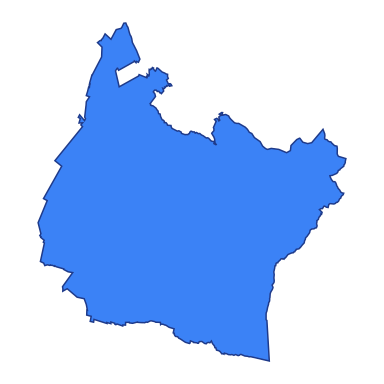 outline of Tlachichuca, Puebla, Mexico
{"feature_id": "50627088B20721288648973", "entity_name": "Tlachichuca", "entity_type": "district", "adm_level": 2, "iso_a3": "MEX", "parent_name": "Mexico", "parent_adm1": "Puebla", "projection": "equal_earth", "projection_center": [-97.33, 19.148], "detail": "fine", "context": "isolated", "style": "filled", "palette": "blue", "viewbox_px": 384, "rotation_deg": 0, "n_neighbors": 0, "source": "geoboundaries", "source_scale": "gbopen_adm2", "svg_char_len": 5954}
<svg xmlns="http://www.w3.org/2000/svg" viewBox="0 0 384 384"><path d="M62.5,286.7L62.9,288.9L62.8,291.2L67.2,288.7L77.1,297.2L84.2,298.7L86.3,304.5L87.4,310.1L86.9,309.9L86.7,315.1L91.2,316.3L90.2,321.4L93.6,322.2L94.0,319.4L107.0,323.5L106.9,322.5L110.9,323.7L110.9,322.0L114.8,323.3L114.8,324.1L115.3,324.5L115.9,324.7L117.0,324.0L122.7,326.0L122.8,325.0L125.5,325.1L125.6,322.4L129.3,322.3L129.4,322.9L132.6,323.3L137.3,322.1L137.3,322.3L140.8,322.6L144.8,322.7L146.1,322.1L147.5,322.3L150.1,321.0L151.1,320.8L154.7,321.6L155.6,322.2L160.4,322.4L160.6,324.5L161.0,324.1L163.2,324.3L165.0,325.1L165.7,325.1L169.1,327.3L174.1,328.8L173.2,332.9L174.3,333.3L174.1,334.0L174.8,335.5L175.5,336.4L177.6,336.7L178.9,338.3L180.1,338.8L185.4,342.3L189.5,343.5L190.0,343.1L190.4,340.9L193.6,342.1L193.6,342.5L197.0,342.8L197.4,343.2L198.3,343.3L198.5,343.2L199.3,341.6L201.5,341.5L202.1,341.6L204.5,343.4L206.2,343.8L206.8,343.0L207.9,342.5L208.6,342.4L209.9,342.8L211.4,341.0L212.5,343.6L214.4,345.9L214.9,347.7L215.8,347.8L216.5,350.1L219.0,350.8L220.1,351.6L221.9,353.9L223.1,353.7L224.0,354.2L224.2,353.3L224.7,353.1L225.5,353.7L226.4,353.6L228.4,354.6L230.7,354.8L231.9,354.5L233.9,355.3L235.6,354.5L238.1,355.6L239.3,355.3L240.3,354.5L241.0,354.4L244.8,356.0L247.6,356.3L249.1,356.8L250.7,356.7L269.3,361.0L266.9,320.5L266.1,319.7L266.1,314.1L266.2,312.9L266.9,311.0L267.6,307.3L268.5,304.4L268.7,302.6L269.4,301.6L269.7,300.0L269.6,298.6L269.9,297.8L270.2,293.7L270.9,291.8L272.3,289.5L272.9,287.9L273.0,287.3L272.1,285.1L273.8,282.8L274.1,282.0L274.2,280.5L273.9,277.9L274.2,274.7L273.8,271.9L274.6,268.5L274.9,266.1L275.0,265.8L275.7,265.7L276.1,263.3L276.6,262.9L277.8,262.8L278.2,261.8L280.1,260.1L281.0,258.9L281.8,258.7L282.7,259.0L283.0,258.7L284.0,259.2L284.5,258.3L284.8,258.3L285.8,257.4L288.0,254.5L291.5,253.0L293.4,252.7L293.7,252.1L294.8,251.7L295.5,250.3L296.1,250.0L296.3,249.3L299.0,248.8L299.9,247.7L300.2,247.7L302.2,245.1L304.2,242.9L304.6,240.7L305.3,239.5L305.6,237.8L307.1,236.3L309.6,232.7L310.2,230.1L311.8,229.0L314.1,228.8L315.2,228.0L316.4,227.8L317.1,225.9L316.6,223.7L316.7,222.7L317.0,221.9L316.8,220.7L318.4,219.4L318.7,217.9L319.4,216.7L319.9,216.4L320.4,215.2L321.0,214.7L321.0,213.7L321.6,214.1L322.1,212.3L319.4,209.6L320.8,208.7L322.5,208.6L323.8,206.3L324.6,206.1L326.4,207.2L328.1,207.5L328.8,204.5L330.0,203.6L333.9,204.0L335.2,203.5L336.4,202.4L337.3,202.3L338.6,201.1L339.5,199.0L340.9,197.9L341.0,196.9L341.8,195.8L343.2,194.7L343.7,193.2L342.1,192.9L340.7,192.0L339.8,190.2L338.0,188.2L337.7,187.2L336.6,185.5L336.5,184.7L335.5,182.3L334.8,181.7L333.0,181.6L331.3,179.3L330.2,176.9L329.9,175.7L332.2,175.4L336.7,173.4L337.8,172.1L338.3,170.4L339.8,169.9L340.3,168.9L343.8,166.2L344.0,164.8L344.7,164.0L345.3,162.5L345.3,161.3L345.9,158.6L338.6,156.4L337.9,155.6L337.2,153.8L337.3,148.5L337.0,146.2L334.5,145.6L331.9,143.2L330.9,141.9L329.3,141.7L328.1,141.0L327.0,139.7L325.7,139.5L324.8,139.0L324.6,138.2L324.9,135.7L324.7,133.8L323.0,129.3L311.7,142.7L307.7,143.6L302.8,142.2L299.9,138.3L299.5,138.2L296.7,139.6L291.0,145.5L290.4,150.6L286.6,152.7L278.8,149.4L271.2,148.4L267.7,149.4L266.5,149.1L264.8,148.0L262.6,146.1L260.1,141.6L254.4,137.6L251.8,133.5L249.3,132.3L247.4,129.3L245.3,127.2L238.7,123.4L236.7,123.4L234.5,122.8L231.0,119.4L229.7,117.9L228.6,115.9L225.7,114.5L222.9,115.0L222.2,114.0L222.6,112.6L221.7,112.5L219.3,114.1L221.8,115.3L220.5,115.5L218.9,116.9L219.0,117.5L218.6,118.0L219.1,117.7L219.2,119.1L219.8,120.1L219.3,120.6L218.8,120.9L218.2,119.5L216.8,118.3L214.5,119.4L215.5,120.8L216.2,121.2L213.4,127.6L213.9,128.7L213.9,130.7L212.0,132.8L211.7,133.4L213.8,136.9L214.6,139.0L215.0,142.9L216.2,144.5L215.9,144.7L213.9,143.6L214.2,142.1L214.1,141.4L212.0,141.3L211.0,140.8L208.6,138.2L207.6,137.8L206.3,138.0L203.1,135.7L201.4,134.9L199.8,133.5L198.1,133.6L196.6,132.5L195.9,132.6L195.4,133.1L195.0,133.0L194.3,131.9L192.5,131.9L191.7,131.3L190.9,131.2L189.8,132.2L189.4,133.6L188.5,133.9L187.9,134.6L185.8,134.5L185.2,134.7L181.5,133.4L181.2,132.1L178.9,130.8L177.3,131.1L172.0,128.4L171.2,126.8L171.0,125.5L167.5,125.2L167.3,124.3L166.1,122.7L164.3,122.6L164.4,121.4L163.4,120.2L162.3,119.9L161.7,118.9L160.6,116.5L160.1,114.0L158.6,113.6L158.0,110.9L156.9,109.7L156.0,108.1L152.8,105.7L151.5,105.6L150.6,105.1L150.7,104.2L150.1,103.7L155.5,96.5L154.8,93.7L153.3,91.9L154.5,90.2L156.1,90.1L156.6,90.8L157.1,90.9L157.3,91.5L158.9,91.3L159.8,92.8L160.6,92.7L160.8,93.2L161.4,93.7L163.7,91.0L162.7,88.2L164.2,88.6L165.1,87.6L164.9,87.1L165.5,87.2L166.6,85.7L167.0,86.2L169.1,85.2L169.5,86.2L171.8,85.7L171.0,84.3L170.2,83.7L168.1,83.8L168.0,83.1L166.5,80.0L168.3,78.5L167.5,76.4L167.6,74.3L166.0,73.9L164.8,73.1L162.1,72.0L158.1,68.4L157.0,67.9L155.5,71.1L154.7,70.7L153.3,68.5L153.5,68.0L152.4,67.5L151.7,69.0L151.1,68.7L150.5,69.7L149.2,69.3L149.1,70.5L149.3,74.4L149.0,75.6L147.3,74.4L147.9,76.1L146.6,76.2L146.5,76.6L147.1,77.4L146.9,77.8L139.1,74.6L138.6,76.0L119.2,86.8L115.5,70.8L117.3,68.2L117.6,68.2L118.6,70.3L134.1,61.6L134.3,61.0L136.0,62.7L136.4,61.4L138.4,62.3L139.9,59.1L136.6,50.7L132.4,42.5L131.7,38.5L131.0,36.3L130.1,34.9L129.4,32.8L127.9,27.2L127.1,26.1L125.8,23.0L123.8,23.2L121.8,27.4L120.9,28.4L116.2,29.6L111.0,39.3L105.1,33.9L102.8,38.2L101.3,39.8L101.3,40.5L99.9,40.7L97.5,42.6L102.0,47.1L101.6,57.0L92.1,75.2L91.9,75.1L89.6,83.2L90.0,83.5L89.6,84.3L89.9,84.5L89.8,84.8L89.4,84.5L89.2,85.1L89.5,86.4L89.5,87.1L89.2,87.6L88.6,87.2L87.6,91.4L86.3,95.6L89.5,96.8L86.3,101.7L86.1,104.8L84.7,117.1L85.5,118.7L84.5,120.6L79.6,114.8L78.3,117.4L80.3,118.5L79.0,123.0L82.6,122.8L80.9,124.9L82.5,126.7L54.9,160.7L61.7,166.2L43.5,198.6L47.2,200.6L38.1,222.7L40.9,233.7L39.8,235.7L41.0,236.6L40.7,237.4L44.2,240.3L43.3,242.2L44.4,243.0L40.4,261.5L43.7,263.1L44.8,265.6L47.3,264.8L49.8,265.4L50.5,264.9L50.9,265.3L52.3,265.3L54.5,266.3L54.8,265.8L56.1,266.7L63.8,268.9L63.7,269.5L68.1,271.8L72.7,272.6L62.5,286.7Z" fill="#3b82f6" stroke="#1e3a8a" stroke-width="1.5"/></svg>